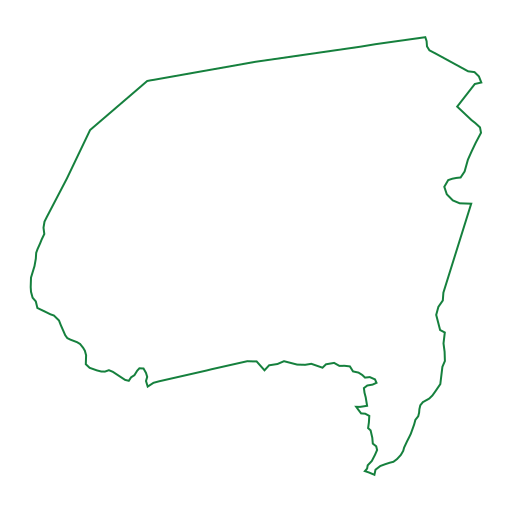 Santa Cruz de Goiás, Goiás, Brazil
{"feature_id": "56859067B48580128800931", "entity_name": "Santa Cruz de Goiás", "entity_type": "district", "adm_level": 2, "iso_a3": "BRA", "parent_name": "Brazil", "parent_adm1": "Goiás", "projection": "orthographic", "projection_center": [-48.573, -17.387], "detail": "fine", "context": "isolated", "style": "outline", "palette": "green", "viewbox_px": 512, "rotation_deg": 0, "n_neighbors": 0, "source": "geoboundaries", "source_scale": "gbopen_adm2", "svg_char_len": 2150}
<svg xmlns="http://www.w3.org/2000/svg" viewBox="0 0 512 512"><path d="M374.4,474.8L375.5,469.7L380.3,466.0L385.2,464.2L389.8,462.7L393.4,461.8L397.0,459.1L400.8,455.0L403.2,450.9L404.1,447.6L407.1,441.2L409.2,437.1L410.8,433.8L414.1,424.6L415.4,419.8L418.2,416.3L419.1,412.7L419.4,409.2L420.3,405.3L422.9,402.1L429.2,398.6L432.4,395.5L435.4,391.3L440.3,384.1L442.4,366.8L444.9,361.0L444.6,351.8L443.5,343.4L444.8,332.5L440.1,330.0L436.2,314.9L438.4,306.8L442.8,300.5L443.4,292.6L471.2,203.7L459.7,203.3L452.8,200.4L446.8,194.3L444.3,186.8L448.2,180.1L452.4,178.7L456.6,177.9L460.6,177.5L464.6,171.5L467.9,159.7L471.6,151.4L475.8,142.6L481.0,132.8L480.0,127.4L475.1,122.9L471.5,120.1L457.2,106.6L474.8,84.0L481.3,82.5L478.9,76.4L474.5,72.1L468.1,71.3L436.8,54.2L429.4,50.3L427.0,46.4L426.6,41.2L425.3,37.2L397.4,41.1L375.4,44.2L361.0,46.6L255.4,61.8L160.7,78.6L154.0,79.8L150.7,80.3L147.2,81.0L90.1,130.0L66.9,178.5L46.8,217.0L44.5,221.6L43.5,227.7L44.3,234.0L41.7,239.4L40.1,243.4L37.5,249.2L36.2,252.8L35.8,258.8L34.5,266.1L31.0,277.6L30.7,287.2L31.0,291.8L32.6,297.7L35.8,301.4L37.4,308.0L47.0,312.6L50.4,314.3L53.9,315.5L59.0,320.5L60.7,324.9L63.6,331.5L65.2,335.2L67.3,338.1L70.3,339.6L77.1,342.2L80.1,344.0L83.2,347.9L84.9,350.8L86.1,355.3L85.8,364.2L89.6,367.8L96.9,370.4L101.2,371.5L104.9,371.6L108.9,370.2L112.8,371.8L125.1,379.9L128.8,380.8L131.1,377.3L134.4,375.2L137.2,370.7L139.4,368.3L143.5,368.5L146.0,372.9L147.2,376.9L146.0,381.0L147.7,386.6L153.5,382.8L159.1,381.3L206.6,370.5L211.3,369.3L247.3,361.2L253.1,361.4L256.6,361.4L264.5,370.3L269.1,365.3L277.5,364.0L284.0,361.2L297.2,364.6L305.2,364.8L311.3,363.8L322.5,367.7L326.0,364.3L334.1,362.9L339.4,365.9L344.6,365.8L349.9,366.4L353.0,371.4L358.5,372.6L362.3,375.0L365.0,377.6L369.8,377.1L375.0,379.4L376.5,382.8L372.6,384.6L367.3,385.5L363.9,388.1L364.5,392.7L365.7,397.3L367.1,405.8L360.0,406.9L356.2,406.8L358.3,409.7L361.1,413.4L365.2,413.7L369.3,415.9L368.9,422.4L368.1,428.1L370.6,430.4L372.3,437.8L372.8,443.6L376.2,446.3L377.1,450.0L375.0,454.8L371.8,461.0L367.7,465.3L367.1,468.6L364.9,471.1L369.0,472.5L374.4,474.8Z" fill="none" stroke="#15803d" stroke-width="2"/></svg>